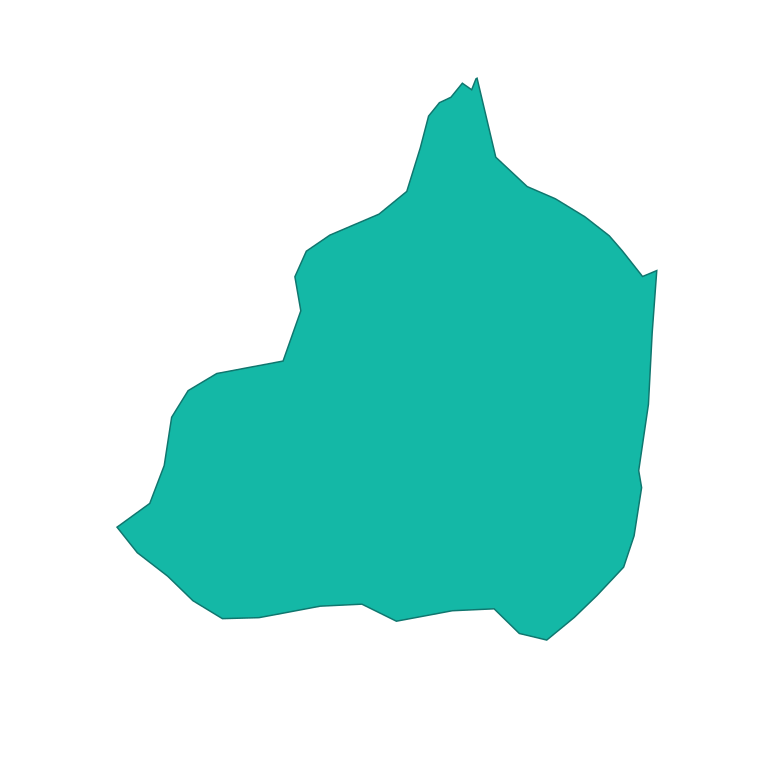 the district of Tongrim, P'yŏngan-bukto, North Korea, rotated 169°
{"feature_id": "82179303B24369360194646", "entity_name": "Tongrim", "entity_type": "district", "adm_level": 2, "iso_a3": "PRK", "parent_name": "North Korea", "parent_adm1": "P'yŏngan-bukto", "projection": "albers", "projection_center": [124.812, 39.902], "detail": "fine", "context": "isolated", "style": "filled", "palette": "teal", "viewbox_px": 768, "rotation_deg": 169, "n_neighbors": 0, "source": "geoboundaries", "source_scale": "gbopen_adm2", "svg_char_len": 830}
<svg xmlns="http://www.w3.org/2000/svg" viewBox="0 0 768 768"><g transform="rotate(169 384 384)"><path d="M234.3,666.4L235.5,666.0L241.8,656.1L249.7,664.3L263.6,652.7L275.9,649.6L289.1,638.5L303.3,608.9L324.9,568.7L356.5,551.7L382.6,546.1L408.7,540.5L434.9,529.2L451.0,506.3L451.7,471.7L478.7,425.8L509.8,426.0L546.2,426.2L577.5,414.9L598.8,391.9L615.3,345.9L636.7,311.5L673.4,294.4L658.4,265.5L648.2,253.9L633.0,236.6L612.9,207.7L587.4,184.5L551.3,178.5L525.3,178.3L489.1,178.1L447.7,172.1L417.1,148.8L391.2,148.6L360.2,148.4L318.8,142.3L298.8,113.3L273.1,101.6L241.7,118.6L215.4,135.7L183.7,158.5L167.5,187.2L150.9,233.1L150.5,250.4L128.3,313.6L111.1,382.6L94.6,443.3L109.7,440.2L124.6,469.1L134.6,486.5L154.8,509.7L180.3,533.0L205.8,550.5L231.0,585.3L234.3,666.4Z" fill="#14b8a6" stroke="#0f766e" stroke-width="1.5"/></g></svg>